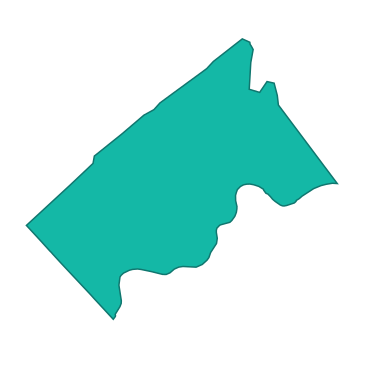 Hamilton, Ohio, United States of America, rotated 317°
{"feature_id": "52423323B74792918686733", "entity_name": "Hamilton", "entity_type": "district", "adm_level": 2, "iso_a3": "USA", "parent_name": "United States of America", "parent_adm1": "Ohio", "projection": "natural_earth1", "projection_center": [-84.539, 39.167], "detail": "fine", "context": "isolated", "style": "filled", "palette": "teal", "viewbox_px": 384, "rotation_deg": 317, "n_neighbors": 0, "source": "geoboundaries", "source_scale": "gbopen_adm2", "svg_char_len": 1478}
<svg xmlns="http://www.w3.org/2000/svg" viewBox="0 0 384 384"><g transform="rotate(317 192 192)"><path d="M286.9,111.8L229.4,105.0L220.3,105.8L209.3,103.0L179.8,101.7L145.1,99.1L139.1,103.6L107.6,103.8L48.1,103.5L48.0,125.0L47.9,131.3L47.8,138.2L47.9,140.3L47.8,142.5L47.7,153.5L47.7,158.9L47.8,198.0L47.7,203.5L47.6,231.4L50.9,230.8L51.6,230.4L52.4,229.1L61.1,226.7L64.2,225.2L66.1,223.4L75.0,210.3L81.3,205.1L83.2,204.6L86.6,204.6L92.8,206.5L95.8,208.1L99.7,211.2L102.0,214.0L108.2,222.8L113.0,230.2L114.4,232.3L116.9,234.7L120.8,236.1L126.5,236.3L131.1,237.9L134.6,240.3L143.8,249.8L148.4,251.4L150.1,252.0L156.4,252.1L159.6,251.5L164.3,249.0L174.7,246.4L174.9,246.3L178.9,243.1L182.2,238.2L183.8,236.5L185.6,235.4L189.4,235.2L190.5,235.5L199.1,240.0L201.7,240.0L206.7,239.0L208.6,238.1L210.6,237.1L213.5,234.8L213.8,234.4L214.9,233.4L218.0,228.1L221.5,224.2L223.9,222.7L226.4,221.4L226.8,221.2L231.2,221.0L234.6,221.9L237.4,223.6L239.8,225.7L242.1,228.8L244.7,233.5L246.1,238.6L245.6,239.8L245.2,243.4L246.1,245.2L246.2,248.9L246.0,252.3L246.4,255.7L247.7,261.7L248.7,263.8L249.8,265.0L252.0,266.4L259.4,269.8L261.7,269.8L262.5,269.3L266.0,270.0L269.7,270.1L283.3,272.5L290.7,275.3L295.6,278.0L299.2,280.4L300.7,281.4L304.0,284.9L306.4,262.3L314.5,187.3L320.2,179.6L326.3,168.4L322.2,162.4L309.4,165.3L303.9,155.9L323.3,137.4L333.9,129.5L334.9,125.6L335.2,123.7L336.4,121.9L333.2,114.3L296.7,111.1L286.9,111.8Z" fill="#14b8a6" stroke="#0f766e" stroke-width="1.5"/></g></svg>